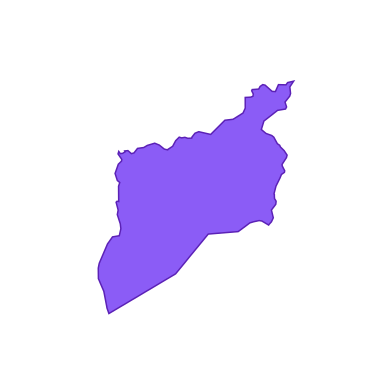 Chitungwiza, Harare, Zimbabwe (Albers equal-area conic projection), rotated 120°
{"feature_id": "62879985B31454704835515", "entity_name": "Chitungwiza", "entity_type": "district", "adm_level": 2, "iso_a3": "ZWE", "parent_name": "Zimbabwe", "parent_adm1": "Harare", "projection": "albers", "projection_center": [31.05, -18.015], "detail": "fine", "context": "isolated", "style": "filled", "palette": "violet", "viewbox_px": 384, "rotation_deg": 120, "n_neighbors": 0, "source": "geoboundaries", "source_scale": "gbopen_adm2", "svg_char_len": 1763}
<svg xmlns="http://www.w3.org/2000/svg" viewBox="0 0 384 384"><g transform="rotate(120 192 192)"><path d="M57.4,155.9L52.1,159.8L45.2,159.4L49.4,163.9L52.2,164.2L55.8,170.8L63.3,170.0L64.8,172.9L62.9,182.1L63.6,184.4L66.5,185.8L69.5,185.7L72.6,190.2L73.2,191.1L74.5,190.9L76.5,187.9L78.7,187.1L80.6,188.7L83.5,193.2L92.8,187.8L98.1,187.3L108.5,192.8L113.4,199.4L132.8,204.6L136.4,216.3L139.6,218.8L144.4,219.5L145.5,219.2L147.6,222.5L148.2,225.5L150.3,228.0L150.9,230.5L155.7,231.8L162.1,231.6L167.4,234.3L167.7,234.2L168.5,236.8L168.7,237.3L167.7,243.8L168.4,248.7L174.0,254.0L177.6,256.0L181.5,261.0L183.0,261.2L187.2,261.8L189.1,263.7L188.2,268.2L190.1,270.8L190.6,270.0L193.2,271.4L194.6,273.3L193.5,275.7L196.0,275.1L198.9,269.1L200.5,268.5L204.8,269.7L214.4,267.9L219.4,262.4L219.9,259.3L223.7,258.5L236.1,251.2L236.9,250.7L237.5,252.3L238.8,252.6L244.6,246.9L248.9,245.4L255.4,238.2L259.3,235.3L259.5,235.2L266.2,233.1L270.6,238.4L279.2,239.2L300.0,236.7L301.3,236.3L304.8,235.1L313.9,229.7L314.6,228.7L315.1,228.0L315.9,227.0L322.1,218.7L333.9,208.5L335.0,207.6L336.8,205.5L338.8,203.2L288.8,175.2L271.1,165.3L256.2,162.8L249.7,161.8L223.3,157.4L220.3,156.9L211.5,144.2L203.2,132.2L193.5,128.0L189.9,126.5L187.0,123.8L183.2,119.6L182.2,117.0L182.3,109.1L181.7,109.1L178.1,108.3L173.7,108.7L167.9,114.2L160.8,113.3L158.2,114.4L157.7,114.9L157.1,116.0L156.5,117.2L154.4,118.6L153.0,119.4L152.7,120.0L151.4,120.4L145.0,122.2L135.8,122.8L132.1,123.3L128.8,121.8L127.3,122.3L124.3,126.9L123.0,127.8L115.0,127.4L112.5,128.1L110.1,132.9L108.8,137.9L107.7,139.4L107.5,142.2L103.6,148.6L103.2,151.2L104.3,157.2L103.2,163.2L94.6,165.2L78.5,158.7L73.4,152.5L71.1,152.6L67.6,156.4L60.2,155.3L57.4,155.9Z" fill="#8b5cf6" stroke="#5b21b6" stroke-width="1.5"/></g></svg>